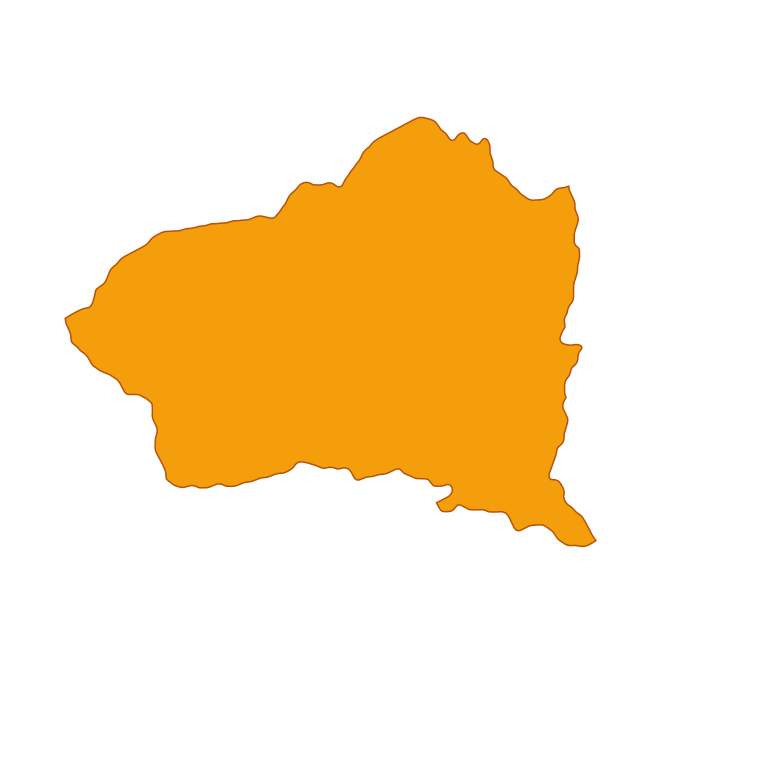 outline of Bayaguana, Monte Plata, Dominican Republic, rotated 62°
{"feature_id": "3306468B72895662483472", "entity_name": "Bayaguana", "entity_type": "district", "adm_level": 2, "iso_a3": "DOM", "parent_name": "Dominican Republic", "parent_adm1": "Monte Plata", "projection": "robinson", "projection_center": [-69.577, 18.816], "detail": "fine", "context": "isolated", "style": "filled", "palette": "amber", "viewbox_px": 768, "rotation_deg": 62, "n_neighbors": 0, "source": "geoboundaries", "source_scale": "gbopen_adm2", "svg_char_len": 6170}
<svg xmlns="http://www.w3.org/2000/svg" viewBox="0 0 768 768"><g transform="rotate(62 384 384)"><path d="M481.4,229.6L478.0,229.0L476.3,228.5L469.5,224.9L467.5,223.3L465.8,221.3L463.9,217.3L463.0,215.9L461.3,214.1L458.5,211.5L457.8,210.1L456.7,205.9L455.5,203.6L453.7,201.7L450.2,199.4L448.9,198.4L447.4,196.5L445.7,193.1L444.6,192.2L443.9,192.0L442.5,192.3L440.8,193.7L439.8,195.0L439.0,196.5L437.8,200.0L436.9,201.7L435.2,204.1L433.2,206.2L431.7,207.3L430.0,207.9L428.2,207.9L427.3,207.6L425.7,206.7L423.7,204.7L421.3,201.7L419.5,198.7L418.6,197.5L417.2,196.7L412.7,195.1L411.3,194.2L410.1,193.0L407.4,189.1L404.3,186.6L402.7,184.7L401.8,183.3L399.8,179.3L398.2,177.3L396.1,175.8L385.5,170.0L383.4,168.2L378.0,162.7L375.9,160.8L374.4,159.7L370.5,157.5L365.5,153.1L363.2,151.4L358.0,148.9L356.6,148.4L355.2,148.4L352.0,149.6L350.4,149.8L348.7,149.6L347.2,149.0L340.5,145.3L338.4,143.4L332.4,137.1L330.2,135.4L328.5,134.7L326.8,134.2L319.7,133.3L318.1,132.7L314.4,130.8L312.7,130.3L310.0,130.0L300.7,129.4L299.0,129.1L296.0,128.0L295.3,132.5L293.4,137.3L293.0,140.0L293.5,142.6L295.1,146.5L295.6,148.3L296.0,152.3L295.8,156.2L295.0,159.0L291.6,166.3L290.7,167.7L288.8,169.5L287.4,170.4L280.7,173.9L273.8,175.6L269.4,177.8L266.8,178.4L261.4,178.9L258.8,179.6L248.5,185.1L246.2,185.9L243.6,185.7L239.3,183.7L237.6,183.2L231.4,182.2L229.7,181.8L228.1,181.1L224.4,179.1L222.7,178.5L219.2,178.1L217.5,178.1L216.0,178.5L214.8,179.5L214.4,180.3L214.2,181.1L214.4,182.6L215.9,185.8L216.3,187.2L216.2,188.8L215.4,190.2L214.2,191.1L210.2,193.5L207.7,194.2L201.8,194.7L200.3,195.3L199.7,195.9L199.2,196.6L198.7,198.2L198.8,200.8L199.3,202.5L201.0,205.9L201.3,207.4L201.1,209.0L200.7,209.7L200.2,210.3L199.5,210.7L198.1,211.1L194.0,211.5L191.4,212.0L187.6,213.7L185.9,214.3L179.1,215.1L176.3,215.8L173.8,217.3L171.6,219.3L168.1,223.1L166.3,225.6L165.4,227.4L164.8,230.6L164.6,233.8L164.6,272.6L164.8,275.8L165.2,279.0L165.8,280.9L167.5,284.9L168.7,290.4L169.7,293.1L170.7,294.8L174.2,299.6L175.1,301.2L176.6,304.7L179.0,309.4L180.8,313.7L183.0,317.6L185.1,321.9L188.8,327.3L189.3,328.7L189.3,329.5L189.2,330.3L188.5,331.7L187.4,332.8L183.2,335.0L182.0,336.1L180.9,337.4L180.2,339.0L179.1,344.8L178.2,347.2L175.7,351.7L174.8,352.9L174.2,353.4L171.1,355.7L169.6,357.7L168.9,359.4L168.7,360.3L168.5,362.3L168.6,364.2L169.1,366.1L171.1,370.9L172.4,376.4L173.0,378.3L174.4,380.8L178.5,386.4L179.3,388.1L180.4,390.7L182.9,395.3L185.4,401.7L185.6,403.2L185.1,405.0L184.1,406.6L178.9,412.5L177.8,414.1L176.8,415.9L176.1,418.7L175.6,424.6L175.0,427.4L172.8,432.2L171.5,435.7L169.2,440.4L167.8,446.9L167.2,448.7L165.3,452.6L164.0,456.1L161.7,460.8L161.2,462.7L160.3,467.4L159.7,469.1L158.0,473.1L156.6,479.6L154.2,485.4L152.6,492.8L146.6,505.7L146.0,508.6L145.8,511.6L145.8,515.6L146.2,519.5L147.0,522.2L148.8,526.2L149.2,528.2L149.5,530.2L149.7,535.4L149.6,551.2L149.9,556.4L150.7,559.2L152.4,563.2L153.9,569.7L154.6,571.5L155.7,573.2L161.7,580.3L163.3,582.8L164.2,585.6L165.0,592.1L165.5,593.7L165.9,594.4L167.0,595.5L170.4,598.2L174.1,601.7L176.6,604.7L177.8,607.1L177.9,608.8L176.5,613.4L175.9,618.6L175.9,627.2L176.4,634.7L179.9,635.9L181.8,636.3L189.6,636.9L192.5,637.3L194.2,637.8L197.8,639.5L200.3,640.0L201.9,639.8L207.1,637.6L212.2,636.3L216.7,634.1L218.4,633.5L221.2,633.0L229.0,632.7L231.8,632.1L239.4,628.1L241.6,626.4L246.7,622.0L255.0,617.5L256.8,617.1L258.7,616.8L268.3,616.8L270.1,616.6L271.7,616.0L272.4,615.5L273.4,614.2L277.7,606.4L278.8,605.1L284.9,601.0L290.0,598.7L291.4,598.3L292.9,598.3L294.3,598.8L299.4,601.3L303.0,603.4L304.7,604.1L307.5,604.6L315.3,605.0L318.1,605.8L320.5,607.3L324.7,611.2L326.2,612.3L333.0,616.1L334.6,616.7L336.5,617.1L339.3,617.3L351.9,617.3L356.7,617.6L359.5,618.2L365.4,620.7L367.8,620.1L374.5,616.9L376.0,615.8L378.8,613.1L380.0,611.5L381.0,609.9L381.9,607.1L382.6,603.5L383.6,601.0L385.1,599.0L388.1,596.5L389.2,595.4L392.3,589.4L393.1,586.6L393.8,579.2L394.1,578.2L394.8,576.4L396.3,574.4L399.3,572.0L400.4,570.9L402.9,566.5L403.9,564.2L404.6,561.1L405.4,553.6L407.9,546.7L409.1,537.3L409.7,535.4L411.3,531.4L411.8,529.4L412.5,523.0L412.9,520.9L413.5,519.1L415.2,515.1L415.7,513.0L415.9,509.8L415.6,505.6L415.1,503.6L413.4,499.7L413.0,498.0L413.0,496.1L413.5,494.3L415.1,491.7L418.5,487.8L424.5,481.9L428.7,478.5L429.8,477.4L430.5,476.0L431.7,471.9L432.4,470.3L433.8,468.3L437.1,465.1L437.8,463.7L439.2,458.8L440.7,456.7L442.7,455.1L444.5,454.6L446.4,454.3L452.0,454.3L453.7,454.1L455.3,453.5L456.0,452.9L456.5,452.2L456.9,451.4L457.3,449.5L457.8,444.5L458.2,442.5L460.2,437.6L461.6,431.1L463.6,426.1L464.1,424.3L464.5,421.2L464.8,414.1L465.2,412.2L466.0,410.7L467.3,409.7L471.1,408.6L473.4,407.4L479.2,402.6L481.9,400.6L482.9,399.4L487.4,391.6L488.4,390.4L489.1,390.0L490.7,389.4L495.9,388.5L497.4,387.7L498.4,386.5L501.1,381.3L501.6,379.7L502.2,376.3L502.7,374.7L503.9,373.4L505.4,372.8L507.0,372.6L508.7,372.9L509.5,373.3L511.6,374.9L512.9,377.2L513.5,379.2L513.7,382.4L513.5,393.3L518.1,393.5L520.7,393.3L522.4,393.0L523.8,392.2L524.4,391.6L525.3,390.2L527.1,386.6L527.8,384.0L527.5,381.3L525.8,377.1L525.7,375.5L526.2,373.9L527.2,372.9L534.3,368.2L535.4,367.1L538.7,361.2L541.0,356.4L542.6,354.4L545.6,351.9L546.6,350.7L549.8,344.8L551.6,340.8L553.1,338.7L555.2,337.1L557.9,336.3L561.8,336.2L571.4,336.6L574.0,336.3L575.4,335.6L576.6,334.3L577.2,332.6L577.4,330.7L577.5,323.5L578.0,320.4L581.6,312.2L583.1,310.1L585.1,308.4L592.6,304.6L595.2,304.0L601.5,303.4L604.0,302.7L610.7,299.1L612.6,297.5L614.1,295.4L616.1,291.3L620.1,285.8L621.4,283.2L621.9,281.3L622.2,278.3L622.1,274.3L621.7,270.4L618.3,270.9L615.2,271.1L599.6,271.0L594.5,271.4L592.6,271.9L587.3,274.4L581.3,276.1L576.9,278.3L575.2,278.8L573.5,279.0L570.8,279.0L568.4,278.5L567.0,277.9L565.0,276.1L562.8,275.2L559.4,274.7L554.8,274.8L552.2,275.4L550.7,276.2L548.9,277.9L547.0,281.0L546.4,281.5L545.0,282.0L543.5,281.9L541.9,281.1L540.5,279.9L528.8,267.0L526.0,264.3L523.3,262.2L522.2,261.1L521.5,259.6L520.1,254.6L519.3,253.2L518.2,251.9L516.9,250.8L513.9,249.1L512.4,248.0L504.2,240.1L501.9,238.5L500.2,238.0L497.5,237.7L491.1,237.5L489.3,237.2L487.6,236.6L486.1,235.7L484.9,234.5L483.7,233.1L481.4,229.6Z" fill="#f59e0b" stroke="#b45309" stroke-width="1.5"/></g></svg>